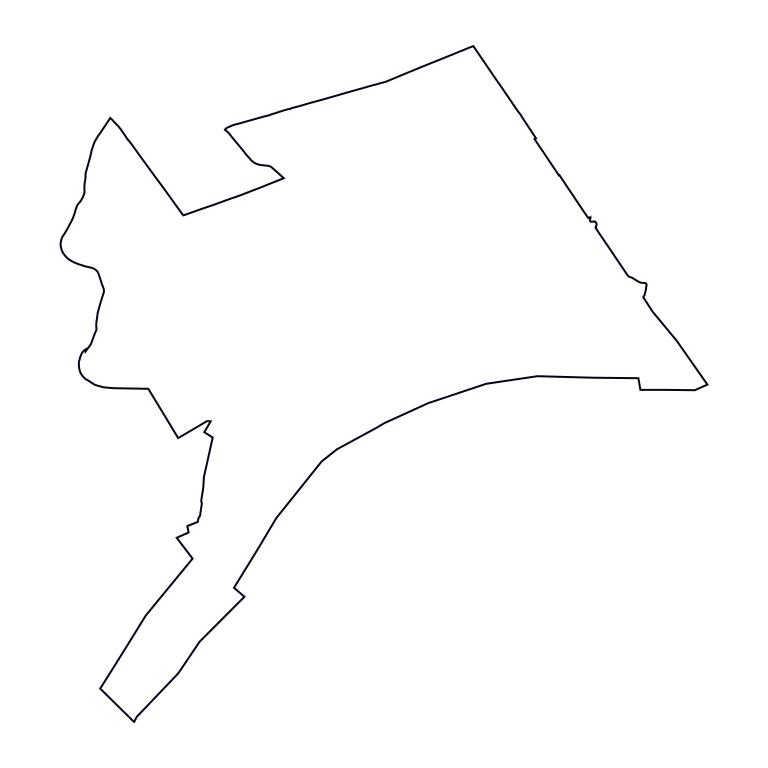 outline of Gostinu, Romania
{"feature_id": "2599482B60954600947831", "entity_name": "Gostinu", "entity_type": "district", "adm_level": 2, "iso_a3": "ROU", "parent_name": "Romania", "parent_adm1": "", "projection": "albers", "projection_center": [26.1, 43.984], "detail": "fine", "context": "isolated", "style": "outline", "palette": "ink", "viewbox_px": 768, "rotation_deg": 0, "n_neighbors": 0, "source": "geoboundaries", "source_scale": "gbopen_adm2", "svg_char_len": 4643}
<svg xmlns="http://www.w3.org/2000/svg" viewBox="0 0 768 768"><path d="M134.2,721.9L136.7,716.9L178.4,673.2L199.6,641.7L244.4,596.8L234.0,587.8L255.3,553.2L259.7,546.0L276.3,518.1L321.6,461.5L336.9,449.3L376.7,427.7L384.2,423.2L428.3,403.1L486.2,383.8L537.3,376.2L592.5,377.7L638.4,378.2L640.4,389.9L667.7,389.9L694.8,390.2L707.4,384.6L706.3,383.0L697.1,369.9L684.3,351.6L676.5,340.5L652.4,311.4L643.2,297.1L644.6,295.0L645.8,290.0L646.6,284.5L645.6,283.1L644.1,282.9L641.2,282.8L639.2,282.1L635.5,279.9L632.3,277.9L628.2,276.2L608.1,246.4L598.1,231.7L596.3,228.9L595.8,228.2L596.1,228.0L595.6,227.2L596.1,226.3L596.3,225.8L596.5,225.3L596.6,224.3L596.3,223.0L595.2,221.7L594.3,221.5L592.7,221.6L591.1,221.7L590.6,221.7L590.0,220.9L589.8,220.2L589.8,219.6L590.0,219.2L590.5,218.3L590.4,218.0L590.4,217.7L590.3,217.8L589.9,217.5L589.6,217.4L589.2,217.5L588.9,217.6L588.2,217.9L584.2,212.2L580.4,206.5L576.1,200.1L572.2,194.2L567.9,187.9L563.5,181.2L559.4,175.1L558.9,175.4L558.3,174.5L556.1,171.2L549.8,161.8L542.4,150.7L537.9,144.1L534.6,139.1L536.0,138.4L532.8,133.5L528.1,126.4L522.6,118.0L520.9,115.2L520.2,114.1L518.9,112.5L517.7,111.0L508.6,97.6L505.1,92.5L500.9,86.3L496.1,79.5L492.0,73.5L487.9,67.5L484.2,62.0L480.5,56.6L475.2,48.8L473.3,46.1L471.7,46.7L465.7,49.1L454.6,53.6L453.4,54.2L450.7,55.2L439.9,59.6L434.9,61.6L421.2,67.1L405.4,73.6L387.4,81.1L385.4,81.9L380.6,83.1L379.5,83.5L377.4,84.1L376.6,84.3L373.9,85.0L368.8,86.4L360.8,88.7L352.5,91.0L349.3,91.9L349.0,92.0L348.5,92.2L348.2,92.2L341.3,94.2L336.5,95.6L322.5,99.6L317.1,101.1L312.7,102.3L312.4,102.4L310.3,102.9L304.3,104.7L299.8,106.0L296.1,107.0L294.6,107.4L293.5,107.6L292.8,107.8L292.2,108.0L291.4,108.4L290.6,108.7L289.9,109.0L289.3,109.0L288.5,109.1L287.8,109.3L283.8,110.4L274.5,113.4L271.9,114.2L270.6,114.6L270.4,114.7L269.5,115.2L269.1,115.3L268.8,115.4L268.6,115.4L265.7,116.1L255.5,118.9L244.5,122.0L239.6,123.4L233.7,124.9L232.2,125.5L230.3,126.2L229.9,126.6L227.3,127.6L225.9,128.6L224.9,129.8L226.8,131.2L227.5,131.9L229.0,133.4L230.1,134.7L230.8,135.7L233.0,138.4L235.7,141.7L238.5,145.0L240.9,147.9L242.8,150.2L246.3,154.7L248.2,156.8L250.7,159.6L251.7,160.7L253.0,161.8L254.5,162.9L255.7,163.5L256.9,164.0L257.9,164.4L259.8,164.8L261.6,165.1L262.7,165.3L264.4,165.4L267.1,165.7L269.2,166.1L270.2,166.4L270.8,166.7L271.5,167.2L279.5,174.3L283.8,178.2L258.3,188.4L245.5,193.3L242.0,194.7L240.2,195.4L237.8,196.2L229.4,199.1L216.8,203.7L216.1,203.9L215.2,204.3L207.3,207.0L201.1,209.1L193.3,211.9L183.6,215.3L183.2,215.4L180.0,211.0L174.5,203.3L168.9,195.5L164.0,188.7L159.4,182.5L155.1,176.7L149.8,169.4L145.3,163.2L141.6,158.2L136.6,151.2L132.2,145.1L128.1,139.7L127.9,139.8L127.3,139.0L125.7,136.5L121.3,130.1L120.2,128.6L119.7,128.0L118.9,126.9L118.0,125.9L113.7,121.5L112.9,120.7L112.3,119.9L112.1,119.7L110.2,118.0L109.4,119.3L102.4,129.8L98.2,135.8L95.0,141.1L93.6,144.3L92.5,148.0L91.8,149.5L91.2,152.8L89.0,161.3L85.8,172.6L85.5,174.0L85.5,175.3L85.5,176.9L85.4,178.7L85.1,180.8L84.9,181.3L84.6,183.9L84.4,186.9L84.4,189.0L84.5,191.9L84.3,193.3L83.9,194.8L83.2,196.3L82.8,197.0L82.8,197.3L82.6,197.6L82.1,198.5L81.8,199.2L81.4,199.8L80.9,200.6L80.3,201.4L79.8,202.2L79.4,202.7L78.8,203.3L78.1,204.1L77.7,204.6L77.5,205.0L77.2,205.3L77.0,206.1L76.3,207.7L76.0,208.7L75.5,209.9L75.0,212.2L74.5,213.6L73.8,215.7L72.8,218.3L71.2,221.7L69.8,224.2L68.6,226.6L67.2,229.1L66.3,230.8L65.6,231.9L64.0,234.5L62.3,237.0L61.8,238.0L61.4,239.6L60.9,241.4L60.7,243.3L60.6,244.3L60.6,245.5L61.1,247.8L61.6,249.8L62.5,252.0L63.6,253.8L65.0,255.6L66.5,257.3L68.2,258.9L69.9,260.1L72.2,261.4L74.2,262.4L76.9,263.6L79.0,264.3L81.3,265.1L83.0,265.6L84.8,266.2L85.8,266.5L89.4,267.3L91.9,267.9L93.7,268.5L95.6,269.8L97.4,271.6L98.5,273.7L99.3,276.0L101.8,283.7L102.8,286.5L103.9,289.3L103.9,292.0L101.6,299.2L99.5,306.2L97.7,313.0L96.4,322.5L96.3,324.5L96.2,325.7L96.3,327.0L96.5,329.6L96.1,330.5L95.1,332.9L94.8,333.6L94.7,333.9L90.9,344.2L85.8,351.2L85.8,349.3L84.3,350.4L83.3,351.4L82.2,352.7L81.7,353.4L80.9,355.3L80.2,357.2L79.6,359.5L79.1,361.3L78.8,362.6L78.9,364.5L79.0,366.8L79.3,369.0L79.9,371.1L80.6,373.1L81.5,374.5L82.9,376.3L84.2,377.8L85.8,379.3L86.7,379.6L88.9,381.0L95.0,384.9L103.5,387.3L113.7,388.2L148.3,388.8L170.1,424.7L178.2,438.1L207.0,421.1L210.7,421.3L204.3,432.2L212.7,437.5L207.7,460.1L203.9,477.0L203.6,482.3L203.3,487.6L201.6,498.3L201.4,499.8L201.2,501.2L201.9,503.4L200.0,515.8L198.6,517.8L197.8,521.9L192.5,524.0L187.3,526.1L188.6,532.5L180.2,536.2L176.7,537.8L192.6,558.6L169.2,587.0L145.8,615.5L126.5,646.7L113.4,667.7L100.2,688.6L126.8,714.8L133.5,721.4L133.8,721.7L134.2,721.9Z" fill="none" stroke="#020617" stroke-width="2"/></svg>